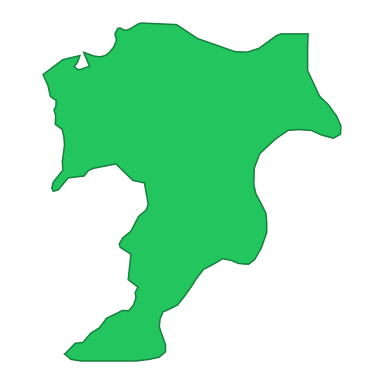 map outline of Moray (Mercator projection)
{"feature_id": "GBR-2014", "entity_name": "Moray", "entity_type": "Unitary District", "adm_level": 1, "iso_a3": "GBR", "parent_name": "United Kingdom", "parent_adm1": "", "projection": "mercator", "projection_center": [-3.358, 57.403], "detail": "fine", "context": "isolated", "style": "filled", "palette": "green", "viewbox_px": 384, "rotation_deg": 0, "n_neighbors": 0, "source": "natural_earth", "source_scale": "10m", "svg_char_len": 1608}
<svg xmlns="http://www.w3.org/2000/svg" viewBox="0 0 384 384"><path d="M43.1,74.5L62.9,59.6L79.9,55.6L77.8,61.5L76.3,64.0L74.1,66.5L77.8,69.6L81.4,69.3L85.3,67.6L89.6,66.5L83.7,52.4L94.2,56.1L99.8,56.8L105.3,55.6L109.3,52.5L113.9,46.8L116.5,40.0L114.9,33.9L117.7,28.5L120.3,28.0L123.0,29.6L126.6,30.3L130.2,28.8L137.8,24.1L141.2,23.0L176.5,24.6L197.7,38.6L235.0,51.7L247.4,52.1L258.9,48.4L276.4,35.6L281.1,33.9L308.1,33.9L307.9,38.2L307.6,51.1L307.6,70.6L319.6,96.3L328.4,104.8L336.7,116.4L340.9,125.8L340.5,134.3L333.4,138.2L321.7,135.1L311.3,130.4L298.8,129.6L288.0,130.4L275.5,139.0L259.7,153.7L254.2,168.4L253.8,184.6L255.9,193.9L260.9,203.2L265.9,213.2L266.7,222.5L266.7,232.5L261.3,248.0L254.7,259.5L248.8,264.1L244.7,264.1L238.4,263.4L230.9,260.3L222.6,258.7L216.3,262.6L203.4,269.5L196.8,278.0L190.9,287.2L184.3,296.5L177.6,304.9L170.1,308.8L163.0,311.9L160.1,318.8L159.3,326.4L160.5,331.0L162.6,336.4L165.5,344.9L165.5,351.8L159.3,357.1L149.3,359.4L135.9,361.0L121.4,361.0L100.5,361.0L81.4,361.0L71.0,359.4L64.5,353.9L65.5,353.3L75.2,343.3L83.0,342.4L90.6,333.3L99.4,327.8L106.6,318.2L122.5,310.5L128.9,310.7L133.4,305.2L136.0,297.9L135.2,292.4L138.0,287.2L128.2,279.7L130.9,254.2L120.3,247.4L119.2,244.0L123.0,237.7L130.9,231.3L138.6,216.4L146.4,209.8L148.2,204.0L144.4,182.9L132.8,180.4L115.9,163.9L93.2,168.4L88.3,170.6L84.1,176.0L68.2,177.9L58.2,189.9L53.4,191.3L51.8,188.3L53.2,182.2L63.0,169.9L62.3,161.8L64.5,145.1L63.9,137.0L62.2,129.5L55.3,124.3L55.7,115.3L54.0,110.0L55.9,106.5L56.1,100.4L50.4,96.5L47.9,85.3L43.3,75.2L43.1,74.5Z" fill="#22c55e" stroke="#15803d" stroke-width="1.5"/></svg>